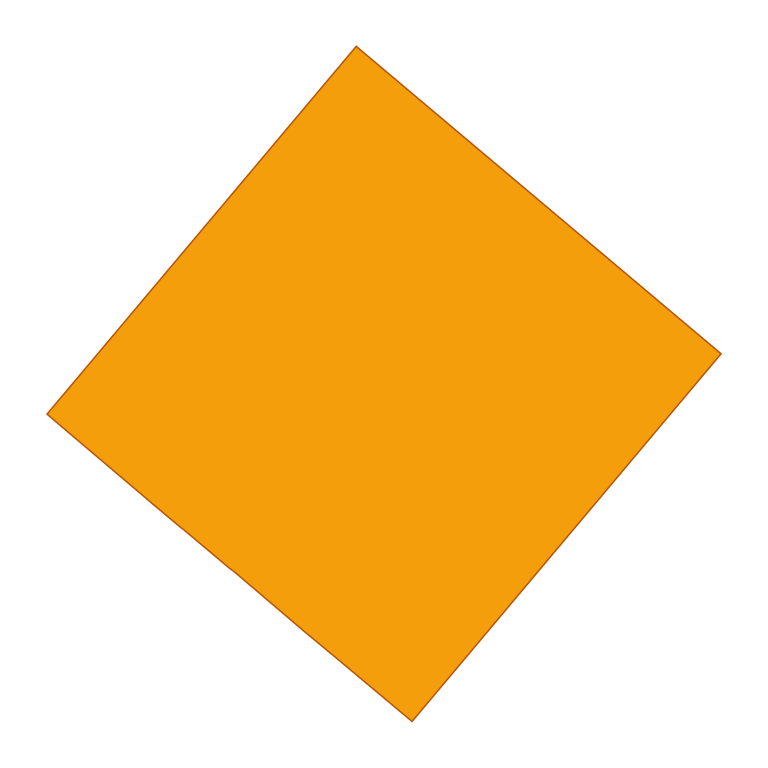 the district of Jefferson, Nebraska, United States of America, rotated 40°
{"feature_id": "52423323B41308713278653", "entity_name": "Jefferson", "entity_type": "district", "adm_level": 2, "iso_a3": "USA", "parent_name": "United States of America", "parent_adm1": "Nebraska", "projection": "mercator", "projection_center": [-97.192, 40.176], "detail": "fine", "context": "isolated", "style": "filled", "palette": "amber", "viewbox_px": 768, "rotation_deg": 40, "n_neighbors": 0, "source": "geoboundaries", "source_scale": "gbopen_adm2", "svg_char_len": 386}
<svg xmlns="http://www.w3.org/2000/svg" viewBox="0 0 768 768"><g transform="rotate(40 384 384)"><path d="M145.2,623.7L145.3,623.7L164.5,623.9L165.2,623.9L275.9,624.5L276.0,624.6L321.1,624.6L323.3,624.4L342.7,624.4L384.2,624.5L389.0,624.1L482.0,624.8L501.9,624.7L524.7,624.6L622.4,624.5L622.8,144.2L145.7,143.2L145.2,623.7Z" fill="#f59e0b" stroke="#b45309" stroke-width="1.5"/></g></svg>